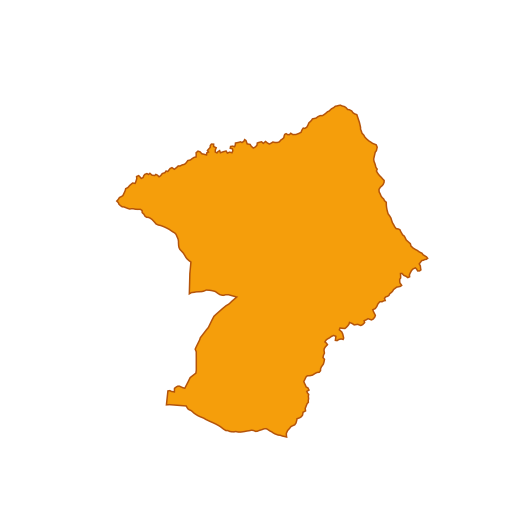 the district of Caarapó, Mato Grosso do Sul, Brazil, rotated 122°
{"feature_id": "56859067B43727288839487", "entity_name": "Caarapó", "entity_type": "district", "adm_level": 2, "iso_a3": "BRA", "parent_name": "Brazil", "parent_adm1": "Mato Grosso do Sul", "projection": "albers", "projection_center": [-54.806, -22.627], "detail": "fine", "context": "isolated", "style": "filled", "palette": "amber", "viewbox_px": 512, "rotation_deg": 122, "n_neighbors": 0, "source": "geoboundaries", "source_scale": "gbopen_adm2", "svg_char_len": 6140}
<svg xmlns="http://www.w3.org/2000/svg" viewBox="0 0 512 512"><g transform="rotate(122 256 256)"><path d="M283.7,401.0L284.7,399.7L285.1,397.6L285.2,395.6L284.4,394.1L283.6,390.0L283.1,388.0L282.0,386.8L280.9,385.0L280.3,383.2L279.1,381.0L277.7,378.8L277.8,376.7L279.5,375.5L280.0,373.2L281.1,371.1L281.1,369.2L280.3,367.8L280.0,366.0L280.1,363.5L281.2,359.5L281.8,357.8L281.5,355.3L280.7,353.1L280.3,351.3L279.9,349.0L279.6,346.5L279.4,343.7L279.6,339.6L279.5,337.2L280.0,335.3L282.9,331.1L284.4,329.7L286.1,328.6L288.2,327.1L289.6,325.8L290.7,324.1L292.0,319.3L293.1,317.0L294.3,314.7L294.9,313.2L295.4,310.6L295.6,308.0L305.9,302.8L323.4,292.5L321.3,291.4L319.6,289.3L318.1,287.7L314.9,283.1L313.6,281.8L311.2,280.1L309.7,277.3L308.8,275.2L308.2,273.5L307.7,271.7L307.9,268.1L307.9,266.2L307.2,263.9L306.4,262.5L305.0,261.3L303.4,258.8L301.0,250.6L307.2,252.5L309.7,253.1L311.5,253.7L313.9,255.0L318.6,256.6L326.4,258.9L329.4,259.7L333.5,259.4L341.9,258.5L344.6,258.9L351.9,259.6L354.7,259.9L357.2,259.3L364.3,258.6L367.2,258.2L368.9,255.9L374.9,252.1L384.5,246.1L387.2,244.9L394.0,247.4L398.7,246.9L405.9,246.3L406.5,248.4L407.0,252.1L407.9,253.4L409.3,254.2L411.4,255.0L414.5,253.2L415.7,256.0L415.8,257.7L417.1,259.2L429.7,253.1L427.9,250.6L420.2,235.8L421.7,232.8L421.8,231.1L421.5,229.5L421.6,227.8L422.1,225.4L422.2,223.1L422.2,220.7L421.9,218.2L421.2,214.4L421.2,212.1L420.7,207.6L420.2,204.3L419.8,201.0L419.6,197.8L419.6,195.7L420.0,191.8L420.0,189.1L419.0,187.4L418.7,185.3L418.0,183.6L416.8,181.5L415.6,180.2L414.7,177.8L413.5,175.8L412.1,174.1L410.9,172.7L409.2,170.9L407.6,169.0L406.0,167.4L405.2,165.3L405.0,163.5L404.0,162.1L402.2,160.8L399.9,158.8L398.3,157.6L397.0,155.8L396.9,154.0L397.0,151.4L396.8,149.5L396.9,147.6L396.8,145.7L396.1,142.3L395.2,140.5L394.7,138.2L394.0,136.3L393.3,134.1L392.0,135.2L390.3,136.3L387.3,136.7L384.5,136.2L382.3,136.0L380.7,135.1L378.7,133.7L376.5,133.6L374.0,134.3L372.3,135.0L370.0,133.2L368.3,132.4L366.3,132.2L363.6,133.3L361.1,131.9L359.2,133.5L354.3,134.4L352.3,134.1L351.1,135.0L349.1,135.8L347.2,137.3L345.4,138.0L345.0,139.6L343.9,141.2L341.6,140.0L340.3,142.2L340.5,144.1L339.5,145.4L338.2,147.5L337.1,149.0L335.4,149.1L332.1,149.5L330.4,149.0L328.8,146.7L327.1,145.0L324.2,143.6L322.4,142.5L321.1,140.8L319.1,140.5L317.4,141.5L315.5,141.8L311.9,141.6L309.8,142.2L307.3,143.2L306.6,145.4L304.4,146.2L302.1,146.5L300.0,148.3L298.5,149.0L296.3,149.0L293.3,148.4L292.6,150.1L292.3,152.0L290.2,152.0L288.4,151.4L286.7,150.4L284.2,149.4L282.2,148.0L281.8,145.7L285.5,144.0L284.8,142.4L282.9,141.5L281.2,139.8L280.6,137.9L279.1,138.2L276.2,141.1L274.9,143.2L274.5,146.2L272.5,146.6L271.6,144.5L270.4,142.2L268.7,141.6L266.7,141.2L264.7,141.0L262.8,141.5L262.3,138.7L262.4,136.2L260.1,133.6L259.4,130.3L257.7,129.2L254.9,128.6L253.6,130.0L251.5,128.6L249.8,127.8L249.4,126.0L249.0,124.2L247.4,123.2L244.9,122.9L243.1,123.3L241.0,126.8L239.7,128.5L237.4,127.0L234.9,126.8L232.2,127.2L229.2,126.8L227.9,124.8L226.3,123.9L225.3,122.8L223.8,124.6L222.0,124.4L220.5,123.1L219.0,122.4L217.1,122.6L215.0,121.8L213.2,121.5L211.6,121.6L207.9,120.2L205.2,117.4L203.7,116.9L202.5,119.8L201.2,120.8L199.6,121.8L198.0,121.7L196.7,122.5L194.3,124.2L193.4,123.0L194.1,120.3L193.7,118.0L193.9,115.8L192.2,114.7L190.7,115.9L188.9,116.2L186.1,116.4L184.0,116.1L181.6,114.6L182.0,112.8L183.0,111.0L182.0,109.4L180.4,108.8L179.2,109.9L177.3,111.4L176.2,113.4L172.0,113.0L170.9,111.8L169.5,111.0L168.6,109.8L167.0,109.2L166.4,110.9L166.4,115.0L165.7,116.7L166.0,119.6L165.8,122.2L166.0,124.1L166.0,127.0L165.4,129.9L163.8,131.6L162.8,137.1L161.2,139.6L160.5,141.0L160.4,142.8L158.6,146.2L157.5,147.8L157.6,149.4L158.5,151.7L157.7,153.9L156.6,155.7L155.5,157.9L153.8,160.0L152.3,161.7L151.0,164.3L150.2,166.4L147.3,169.5L145.5,171.1L144.1,172.2L141.4,174.0L141.0,176.4L140.0,177.9L139.6,180.0L138.9,181.7L137.6,183.5L136.4,185.5L134.4,187.0L131.8,187.0L129.2,186.2L127.6,186.1L125.5,186.5L124.0,187.4L123.6,189.2L122.9,191.4L122.4,193.6L121.8,195.5L121.0,197.3L120.1,198.9L118.1,199.3L117.3,201.3L115.8,202.8L114.5,204.3L113.2,206.1L111.4,207.6L104.8,209.9L102.9,209.7L99.5,210.9L98.0,213.0L98.7,216.9L98.6,218.9L98.6,221.2L98.2,223.9L97.5,226.7L96.4,228.6L95.7,231.2L94.4,232.7L93.1,234.5L91.4,235.6L87.9,239.1L82.7,245.4L83.2,247.7L83.1,249.8L82.3,251.7L82.5,254.4L83.2,255.9L82.5,258.2L82.4,260.1L83.1,262.3L83.4,264.4L84.5,265.6L86.0,267.0L87.0,268.1L88.9,268.7L91.2,270.0L94.3,270.8L95.8,271.8L98.2,272.5L100.2,273.3L101.7,274.0L103.0,276.0L105.0,277.3L107.3,278.2L109.8,280.8L111.3,280.8L112.9,281.1L115.0,281.7L117.6,281.3L119.9,281.2L121.9,282.2L122.5,283.7L124.0,283.8L125.6,283.7L127.1,283.3L129.2,284.5L131.8,286.5L133.5,289.1L133.5,291.6L135.3,291.9L136.3,293.4L136.3,295.3L137.7,296.1L139.4,295.7L140.9,295.1L142.8,295.6L144.5,296.4L146.9,296.7L148.5,298.1L149.7,300.1L150.4,302.1L151.8,302.7L154.0,304.0L154.1,306.5L153.8,308.6L156.6,309.5L156.2,311.8L158.2,313.8L159.5,314.8L161.5,313.9L163.8,314.3L165.9,315.5L165.4,318.3L164.5,320.1L165.6,322.9L163.4,325.7L163.3,327.3L165.1,327.1L167.2,328.0L167.4,329.6L169.0,331.1L171.1,333.3L172.8,332.4L174.7,332.1L175.2,334.0L176.6,335.6L178.3,334.9L177.6,332.8L179.0,331.4L181.2,331.1L181.9,333.4L183.9,334.8L182.8,337.0L184.8,338.9L187.3,340.9L185.9,342.7L187.8,343.6L189.3,343.8L189.4,345.6L187.6,346.7L185.3,347.1L185.6,349.9L183.6,351.2L184.7,353.1L186.5,353.3L188.2,352.4L190.3,352.8L192.3,353.1L193.0,351.4L194.7,352.4L196.5,351.5L198.0,356.2L197.3,358.6L197.8,360.8L200.2,361.5L201.9,360.3L203.8,359.3L205.1,360.7L207.1,361.7L209.3,362.5L211.2,364.4L214.1,364.6L216.1,365.2L217.9,366.9L219.9,368.1L220.9,369.7L222.9,370.2L225.7,371.2L225.6,374.1L227.3,375.2L231.1,375.6L231.6,377.3L233.6,377.4L235.8,379.2L238.5,379.4L240.2,380.2L239.7,382.4L239.9,384.2L241.4,384.5L242.6,387.0L242.1,389.8L243.8,390.3L243.9,392.2L245.8,393.6L247.7,393.7L249.3,393.3L251.0,394.4L250.4,396.4L250.0,398.1L251.9,399.4L253.6,398.1L256.6,397.3L258.5,397.0L259.5,399.3L263.1,400.5L265.8,400.9L268.0,402.2L269.7,401.6L271.7,401.3L275.4,400.9L277.0,401.7L278.8,402.8L281.2,402.8L283.2,403.2L283.7,401.0Z" fill="#f59e0b" stroke="#b45309" stroke-width="1.5"/></g></svg>